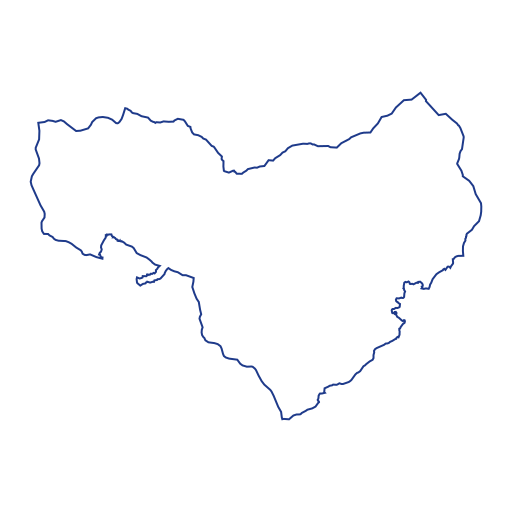 Bistra, Maramures, Romania (Mercator projection)
{"feature_id": "2599482B95766833415953", "entity_name": "Bistra", "entity_type": "district", "adm_level": 2, "iso_a3": "ROU", "parent_name": "Romania", "parent_adm1": "Maramures", "projection": "mercator", "projection_center": [24.244, 47.867], "detail": "fine", "context": "isolated", "style": "outline", "palette": "blue", "viewbox_px": 512, "rotation_deg": 0, "n_neighbors": 0, "source": "geoboundaries", "source_scale": "gbopen_adm2", "svg_char_len": 6057}
<svg xmlns="http://www.w3.org/2000/svg" viewBox="0 0 512 512"><path d="M398.5,337.3L399.5,334.8L399.6,333.8L399.5,333.3L399.7,331.8L399.3,330.3L399.3,328.7L400.1,328.4L400.7,327.0L402.9,324.0L404.5,322.9L404.9,321.6L404.7,320.4L404.0,320.1L402.9,321.1L402.0,320.6L398.9,317.8L397.2,316.8L396.2,314.7L394.9,314.1L395.3,313.0L396.1,313.3L396.5,313.0L395.8,311.9L394.6,312.0L394.2,312.8L392.8,313.2L392.2,312.9L391.7,310.4L392.0,309.5L392.7,309.0L394.0,309.0L395.7,307.9L397.5,308.0L399.4,307.2L399.7,306.8L400.0,304.0L398.4,303.0L397.6,302.0L397.2,302.0L396.2,301.1L395.9,299.7L396.6,298.3L399.1,298.4L401.3,297.6L402.0,298.0L403.3,297.9L404.1,297.0L404.4,293.2L405.1,291.5L404.2,290.1L404.0,288.8L403.4,288.4L403.8,287.3L403.7,286.1L404.3,282.7L405.4,281.9L406.7,282.3L408.5,281.5L409.4,282.3L409.8,283.8L410.7,284.0L412.3,283.8L413.5,284.3L416.5,282.7L418.0,282.9L418.3,282.6L418.1,282.3L418.2,281.9L420.2,281.7L422.2,283.5L422.8,285.1L422.5,286.4L421.9,286.6L422.3,287.4L421.6,288.4L423.7,288.9L425.9,288.4L428.7,288.8L429.6,286.9L430.1,284.6L431.2,282.8L432.6,279.2L436.4,274.2L439.1,272.3L442.9,270.2L443.2,269.5L444.3,268.8L445.4,269.9L447.6,266.7L448.8,266.6L449.8,267.2L450.3,267.8L451.0,266.3L453.0,263.6L453.1,262.6L452.8,259.2L453.6,259.0L454.9,257.3L456.4,256.4L458.2,255.9L463.3,255.8L462.9,251.0L463.0,246.3L464.0,242.9L465.4,240.6L465.3,238.9L466.0,237.7L466.0,236.5L466.5,235.9L466.4,234.9L466.9,233.7L471.9,229.8L474.1,226.1L479.0,221.2L480.7,215.3L481.2,211.6L481.3,206.5L481.0,203.2L475.7,194.1L473.3,186.1L469.2,180.8L462.8,176.3L462.8,174.9L461.4,170.7L457.2,163.9L457.2,163.4L459.0,159.0L459.3,157.4L459.6,153.8L460.5,151.2L462.0,149.1L463.7,137.5L463.6,136.3L460.4,128.1L458.9,125.6L458.2,125.3L457.0,123.5L452.2,119.7L445.8,113.8L438.7,115.1L425.9,101.1L426.1,99.9L420.5,92.7L411.6,99.6L403.9,100.2L395.9,107.5L391.7,113.6L387.4,115.7L381.6,117.0L377.9,123.4L373.2,128.4L370.4,132.5L363.7,132.7L360.4,133.4L351.1,137.3L349.2,139.1L341.3,143.2L336.8,147.6L330.4,147.2L328.2,146.0L317.9,146.2L314.0,144.4L312.7,144.5L310.7,143.4L309.0,143.4L307.5,143.9L303.1,143.7L292.3,145.6L287.9,148.2L285.3,151.3L282.5,152.6L280.2,155.1L275.2,158.2L273.1,160.6L268.6,160.2L264.4,166.0L259.8,166.5L257.0,167.7L254.6,167.5L247.9,169.1L246.3,170.7L243.2,172.6L241.9,173.8L236.7,173.7L235.2,171.8L234.4,171.7L234.1,170.7L233.1,170.7L228.9,172.6L224.4,171.2L223.9,170.8L223.4,166.5L223.5,161.1L222.2,160.0L221.6,159.0L221.9,156.5L218.1,152.9L214.2,147.2L213.6,146.6L211.7,145.9L206.0,139.6L203.2,138.5L201.7,136.9L198.2,135.2L194.0,134.4L192.2,132.5L190.6,128.5L190.4,126.9L187.8,125.9L184.9,121.3L183.5,119.8L177.8,118.8L174.4,120.5L173.5,121.6L168.7,121.8L163.6,121.4L160.2,122.5L156.5,122.2L155.3,122.9L154.6,122.2L153.0,121.8L150.8,120.7L148.0,117.6L141.5,116.2L137.3,113.9L133.0,113.1L131.8,112.4L130.6,110.8L128.2,109.6L127.4,108.8L125.2,108.2L123.1,114.9L121.6,118.9L119.6,121.8L118.3,123.0L117.5,123.3L116.1,123.1L112.2,119.7L108.0,117.8L102.8,117.0L98.6,117.4L96.1,118.2L92.2,122.0L90.9,124.8L88.1,128.4L80.4,130.7L76.1,131.0L67.0,124.1L63.9,121.4L60.9,120.1L55.6,121.8L52.6,120.9L48.1,120.3L44.6,122.0L38.3,122.8L39.4,130.8L39.1,139.4L35.7,147.8L35.7,149.5L39.0,158.6L39.5,163.2L39.1,165.3L33.3,173.8L31.9,176.2L30.7,181.7L31.5,185.2L33.3,189.3L40.5,205.3L44.2,211.7L44.7,213.9L44.5,217.5L42.0,221.2L41.5,222.6L41.6,228.6L42.2,231.3L43.9,233.9L48.1,234.0L49.5,235.4L52.6,237.0L53.9,238.7L55.6,239.9L58.5,240.7L65.8,241.1L68.7,242.2L71.6,243.8L76.2,247.5L80.8,250.3L81.8,251.6L82.6,253.7L84.6,254.9L86.4,255.1L90.1,254.4L96.4,257.1L102.4,258.7L102.5,257.5L101.3,257.3L100.4,255.9L100.0,254.6L99.1,254.5L99.8,252.7L101.0,251.7L101.6,249.8L101.7,249.3L101.0,247.4L101.2,245.4L103.9,240.3L105.7,237.6L105.8,236.0L106.3,235.9L106.0,235.2L106.5,235.1L106.4,234.7L106.9,234.4L108.0,234.8L109.0,234.4L111.4,234.4L111.9,236.0L113.3,236.9L113.1,237.3L114.0,237.2L114.4,237.7L115.2,238.0L115.9,239.1L117.1,239.5L117.5,240.6L118.1,240.4L118.4,241.0L119.4,241.0L119.8,240.6L119.9,241.1L121.4,241.5L121.7,241.2L124.1,242.6L126.2,244.6L131.9,246.6L133.7,248.1L136.7,253.1L140.4,255.1L146.6,257.5L149.4,259.6L151.7,261.6L152.3,262.5L155.1,264.6L159.7,265.9L157.9,267.6L157.3,268.8L155.9,270.1L156.0,271.8L154.6,273.4L153.6,272.9L152.2,273.9L150.9,273.7L150.3,274.5L149.2,274.5L148.8,275.0L147.5,274.4L147.0,274.5L147.1,275.4L146.4,276.2L142.7,276.1L142.5,277.5L141.5,278.0L139.6,278.5L137.0,277.4L136.6,279.1L137.0,282.4L137.3,283.1L140.3,285.6L142.9,283.9L145.5,283.4L146.0,282.5L147.0,282.1L147.2,281.7L150.1,282.6L153.0,281.7L153.9,281.9L154.4,280.4L157.0,280.0L157.5,279.2L159.3,279.1L160.5,278.5L164.5,274.1L164.8,272.9L165.8,270.9L167.1,269.2L168.4,268.1L171.0,269.9L174.3,271.3L177.8,272.2L182.6,275.2L186.0,275.2L193.7,278.0L193.4,281.7L192.3,287.0L194.4,293.4L196.6,298.7L198.8,302.0L200.1,309.8L201.2,314.3L199.9,316.7L199.5,318.7L202.6,327.3L201.8,329.8L201.6,332.5L202.1,335.1L203.3,337.0L204.3,337.9L205.4,340.3L208.4,342.3L214.4,343.1L217.7,344.1L220.5,346.2L221.6,348.6L223.0,353.8L223.9,356.0L225.8,357.5L229.1,358.6L237.3,359.7L240.2,363.7L242.5,365.4L246.9,366.7L251.6,366.5L252.7,366.8L254.9,368.6L256.0,370.1L258.6,375.6L261.7,381.2L264.3,384.6L270.3,389.9L271.5,391.5L273.7,395.9L278.2,406.8L281.1,411.9L281.8,417.4L282.3,419.2L283.7,418.9L289.0,419.3L293.4,415.5L296.5,414.5L300.0,414.4L300.8,414.0L301.7,413.0L305.7,410.9L307.4,409.7L312.2,408.4L315.5,406.6L318.1,403.0L319.0,402.2L318.9,401.5L317.9,400.6L317.7,399.8L318.3,398.8L318.5,397.5L318.6,395.8L319.3,394.4L320.0,393.5L322.0,393.5L324.9,392.8L324.2,392.0L324.6,388.3L328.6,386.5L329.5,385.8L332.2,385.3L333.1,384.6L336.4,384.8L337.4,384.5L339.4,383.3L341.5,384.0L343.0,384.0L348.8,382.0L350.1,381.1L351.3,380.1L355.4,374.4L357.2,372.8L358.3,372.5L360.2,371.1L363.5,366.2L365.1,365.3L366.0,364.3L369.7,361.4L372.6,359.8L373.5,358.1L373.5,355.1L374.2,352.4L374.0,350.9L375.0,349.2L376.6,348.1L384.1,344.8L385.6,343.6L387.6,343.4L388.9,342.9L390.0,341.9L392.3,340.9L395.5,338.9L396.2,338.8L396.5,337.8L397.6,336.9L398.5,337.3Z" fill="none" stroke="#1e3a8a" stroke-width="2"/></svg>